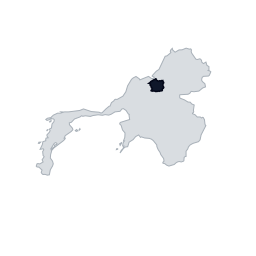 where Kamphaeng Phet sits in Thailand, rotated 65°
{"feature_id": "THA-400", "entity_name": "Kamphaeng Phet", "entity_type": "Province", "adm_level": 1, "iso_a3": "THA", "parent_name": "Thailand", "parent_adm1": "", "projection": "albers", "projection_center": [99.403, 16.336], "detail": "fine", "context": "in_parent", "style": "filled", "palette": "ink", "viewbox_px": 256, "rotation_deg": 65, "n_neighbors": 0, "source": "natural_earth", "source_scale": "10m", "svg_char_len": 5352}
<svg xmlns="http://www.w3.org/2000/svg" viewBox="0 0 256 256"><g transform="rotate(65 128 128)"><path d="M109.6,30.1L109.8,31.1L110.8,29.8L112.1,29.2L114.6,32.0L114.9,33.2L113.1,37.7L113.4,39.2L114.6,40.4L116.0,41.1L117.5,40.9L120.4,39.6L123.5,40.4L123.3,43.4L124.5,48.1L123.0,52.9L121.5,55.3L122.7,57.4L122.8,59.3L119.8,66.9L120.5,67.5L122.4,68.3L123.2,68.0L126.3,65.0L129.8,62.7L130.9,60.7L133.1,60.1L135.1,58.3L139.7,61.3L140.9,61.5L141.5,62.0L141.8,63.3L142.3,63.5L144.2,61.7L147.3,60.6L148.5,57.9L150.0,57.1L149.8,55.9L150.2,55.4L152.8,55.2L156.7,56.5L158.1,56.7L158.7,56.4L165.1,64.6L169.2,67.7L170.2,69.9L169.4,75.5L169.6,78.7L170.6,81.1L172.3,82.8L173.6,85.2L178.3,87.4L178.0,88.0L178.3,89.5L181.3,91.2L181.5,91.7L181.3,94.0L180.0,95.8L179.7,97.2L179.8,98.9L180.6,101.6L179.8,107.0L178.1,108.6L175.9,109.7L174.7,111.2L173.8,110.9L173.3,109.4L170.8,108.6L166.0,109.5L163.6,109.3L160.4,109.8L157.2,109.7L155.4,109.1L150.1,110.4L148.0,111.5L146.4,113.1L144.1,117.1L141.7,119.6L141.8,120.6L138.8,121.3L139.0,124.7L140.7,128.3L141.3,133.0L144.8,136.2L144.1,138.5L144.6,140.7L147.3,145.8L145.3,143.4L144.9,141.8L142.7,139.2L142.0,140.5L139.3,138.6L138.2,136.7L137.8,137.6L135.2,134.9L132.6,133.5L131.1,132.8L127.4,133.8L122.7,133.1L120.9,133.8L120.2,133.4L119.7,132.6L121.0,122.9L116.9,121.7L116.2,121.1L115.4,121.8L111.4,122.3L108.5,124.0L108.2,125.5L109.5,128.2L107.9,133.0L108.4,137.5L108.2,140.0L106.2,143.1L105.7,145.7L103.4,149.5L101.9,154.4L101.6,157.2L98.9,161.5L98.3,164.0L97.3,164.9L97.7,166.8L97.2,172.7L98.9,177.0L98.5,179.0L100.3,179.7L104.8,178.4L106.3,178.7L107.2,181.1L108.4,188.1L110.2,190.2L110.7,189.1L111.6,190.2L112.3,192.3L114.7,203.4L115.9,206.2L114.5,205.5L113.7,202.0L112.4,201.9L112.8,199.7L112.0,198.9L110.7,199.6L110.7,201.3L114.3,206.8L116.5,206.9L119.3,209.3L122.4,211.1L126.2,210.4L128.9,210.9L130.5,212.4L133.1,216.1L137.2,219.1L136.6,221.1L135.0,222.7L134.2,224.7L133.0,225.3L131.5,225.4L129.8,223.7L125.8,225.3L124.9,226.9L123.8,227.3L122.0,225.6L122.2,224.6L123.3,223.1L122.9,219.3L120.5,219.3L118.8,216.4L118.3,216.1L117.1,216.6L113.3,215.3L112.1,213.5L111.0,213.6L110.2,216.7L106.8,212.6L104.4,210.9L104.8,207.9L103.2,207.2L102.5,206.4L103.1,204.5L100.9,204.8L99.9,204.3L98.6,201.0L97.5,199.7L96.1,199.7L95.6,199.1L95.7,197.4L92.2,195.1L91.0,192.5L89.4,191.3L88.3,191.7L87.2,193.5L86.4,193.4L85.7,192.9L84.8,190.2L84.8,185.6L86.0,182.9L86.6,178.6L88.3,175.0L91.7,164.4L91.9,160.3L97.6,154.3L101.5,147.5L102.7,146.5L103.3,145.2L101.3,139.7L100.3,135.9L100.5,134.9L98.0,132.3L97.4,129.3L96.8,128.4L96.6,127.4L97.5,125.7L97.0,119.2L94.3,114.7L89.6,110.5L85.4,104.3L84.8,102.1L84.7,99.0L88.1,97.0L89.4,96.9L89.9,87.6L92.9,85.9L93.5,85.1L93.8,83.6L93.1,82.7L91.2,84.2L90.8,83.9L88.5,78.4L88.0,75.2L78.7,64.0L79.1,62.1L77.8,57.3L76.4,57.3L75.4,56.4L74.5,54.2L76.3,54.5L79.2,53.3L78.8,48.7L80.0,46.0L80.2,41.6L82.5,39.0L82.8,37.7L84.0,37.5L85.6,38.5L87.3,38.6L94.3,37.4L95.2,36.3L95.6,33.8L96.3,33.1L97.8,32.8L99.6,33.3L101.5,32.4L101.2,29.5L104.5,30.0L106.6,28.7L109.6,30.1ZM87.4,194.8L86.9,198.2L85.5,198.9L85.1,196.9L85.9,193.7L86.3,194.4L87.4,194.8ZM109.4,174.7L109.2,176.4L108.0,176.9L107.7,175.1L109.4,174.7ZM139.0,140.1L140.5,142.5L138.8,142.3L138.5,140.0L139.0,140.1ZM104.0,215.7L103.2,214.7L103.9,213.1L104.5,215.0L104.0,215.7ZM89.7,195.2L89.3,197.0L88.7,194.5L89.7,195.2ZM109.4,173.2L108.8,173.0L108.2,171.9L109.0,171.9L109.4,173.2ZM95.6,200.8L96.4,203.0L95.5,202.0L95.6,200.8ZM142.9,146.3L142.7,147.7L142.0,147.1L142.4,146.1L142.9,146.3ZM85.8,181.5L85.0,182.0L85.7,180.7L85.8,181.5Z" fill="#d9dde1" stroke="#a8b0b8" stroke-width="1"/><path d="M106.9,79.1L106.8,79.6L106.8,79.8L106.9,80.1L107.1,80.4L107.2,80.5L107.3,80.5L107.5,80.5L107.8,80.7L108.0,80.7L108.1,80.8L108.4,81.0L108.5,81.1L108.5,81.4L108.6,81.6L108.1,83.0L107.9,83.3L107.9,83.5L108.0,83.6L108.1,83.8L107.6,84.4L107.5,84.6L107.4,84.8L107.5,85.2L107.3,85.7L106.9,86.7L106.8,86.9L106.8,87.3L106.0,88.0L105.9,88.1L105.7,88.5L105.4,89.0L105.2,89.3L105.1,89.5L105.1,89.8L104.7,90.7L104.5,90.8L104.4,90.8L104.0,91.2L103.9,91.3L103.8,91.2L103.6,91.1L103.5,90.9L103.5,90.6L103.4,90.3L103.3,90.1L103.2,90.0L103.1,89.9L102.6,89.7L102.4,89.6L102.2,89.5L101.9,89.5L101.8,89.4L101.7,89.4L101.6,89.5L101.4,89.5L101.2,89.8L100.8,89.7L100.7,89.6L100.4,89.6L100.0,89.5L99.9,89.5L99.7,89.5L99.4,89.6L99.2,89.6L98.9,89.8L98.7,89.8L98.7,89.7L98.4,89.6L98.1,89.3L98.0,89.2L97.9,89.2L97.6,89.3L97.4,89.3L97.2,89.5L96.9,89.7L96.7,89.7L96.4,89.9L96.3,90.1L96.2,89.7L96.3,89.4L96.2,89.2L96.1,88.9L96.1,88.6L96.1,88.4L96.0,88.2L95.9,88.2L95.7,88.1L95.6,87.9L95.4,86.7L95.5,86.3L95.5,86.2L95.6,85.8L95.6,85.7L95.4,85.6L95.3,85.4L95.3,85.2L95.2,84.7L95.3,84.0L95.3,83.8L95.4,83.7L95.4,83.3L95.4,83.1L95.4,82.9L95.2,82.7L95.1,82.3L95.1,82.2L95.2,81.9L95.3,81.9L95.5,81.9L95.9,81.9L96.0,81.9L96.3,82.0L96.6,82.0L96.7,81.9L97.0,81.7L97.3,81.6L97.5,81.3L97.6,81.2L98.1,81.2L98.3,81.0L98.4,80.9L98.5,80.8L98.5,80.7L98.5,80.4L98.5,80.2L98.4,79.9L98.4,79.7L98.5,79.6L98.6,79.4L98.9,78.9L99.1,78.6L99.1,78.4L99.1,78.2L99.1,77.8L99.1,77.7L99.3,77.6L99.5,77.4L99.5,77.2L99.5,76.9L99.6,76.7L99.7,76.4L100.1,76.6L100.3,76.7L100.9,76.5L101.6,76.4L101.8,76.4L102.0,76.5L102.3,76.7L102.3,76.8L102.3,77.0L102.4,77.3L104.2,78.5L104.3,78.5L104.9,78.4L105.8,78.4L106.0,78.4L106.3,78.4L106.4,78.5L106.5,78.6L106.7,78.9L106.9,79.1Z" fill="#0f172a" stroke="#020617" stroke-width="1.5"/></g></svg>